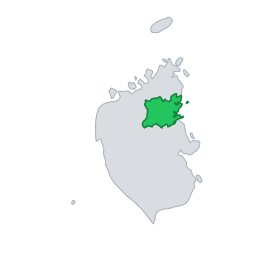 North Jeolla on a map of South Korea (orthographic projection), rotated 167°
{"feature_id": "KOR-2499", "entity_name": "North Jeolla", "entity_type": "Province", "adm_level": 1, "iso_a3": "KOR", "parent_name": "South Korea", "parent_adm1": "", "projection": "orthographic", "projection_center": [126.968, 35.705], "detail": "fine", "context": "in_parent", "style": "filled", "palette": "green", "viewbox_px": 256, "rotation_deg": 167, "n_neighbors": 0, "source": "natural_earth", "source_scale": "10m", "svg_char_len": 5760}
<svg xmlns="http://www.w3.org/2000/svg" viewBox="0 0 256 256"><g transform="rotate(167 128 128)"><path d="M75.4,59.9L76.3,59.2L76.3,58.2L76.3,55.0L78.9,52.7L82.5,48.1L84.2,45.6L86.2,43.2L88.5,41.6L90.8,40.9L94.4,40.5L101.2,40.8L102.5,40.5L107.3,40.3L108.4,40.7L111.9,40.9L115.7,40.6L117.6,39.9L119.4,38.7L120.9,36.5L122.5,32.6L124.1,29.5L125.1,29.0L132.4,45.2L139.3,55.6L145.2,63.1L153.8,77.6L156.4,85.4L156.7,90.3L158.3,97.0L157.2,100.8L157.7,106.9L157.3,110.0L156.3,112.3L156.4,116.7L156.8,119.1L156.9,122.2L157.6,123.4L158.5,123.8L160.0,122.6L161.9,122.1L161.6,125.9L159.6,135.4L157.8,142.4L155.3,148.5L152.0,154.1L148.0,156.3L145.1,157.2L139.6,157.5L135.0,156.7L131.1,157.4L129.5,158.6L128.4,160.6L129.3,163.6L129.2,165.9L127.5,165.7L124.2,164.5L120.5,164.3L118.7,163.7L117.0,160.5L115.2,160.6L112.1,162.6L107.4,163.1L105.7,164.1L105.1,165.4L105.8,167.1L108.2,169.3L107.4,171.6L105.0,172.7L102.9,170.0L101.7,167.3L100.3,167.1L98.1,167.9L97.7,170.8L98.7,172.8L100.4,175.1L98.0,177.8L97.4,179.7L95.7,181.1L91.2,178.0L91.8,175.9L93.8,173.8L94.0,171.7L93.4,170.4L86.9,175.8L82.9,182.0L80.7,181.5L79.9,179.9L78.6,179.3L74.3,183.2L73.4,186.4L71.9,186.5L71.2,185.2L71.1,182.3L70.4,179.9L65.9,176.4L63.9,173.3L65.0,171.6L68.7,172.6L71.7,172.5L71.1,171.0L70.2,170.3L72.1,169.5L73.8,167.9L72.4,167.4L70.3,168.4L68.6,167.9L68.0,163.9L65.9,159.8L64.8,155.8L66.9,153.5L68.0,150.0L69.9,144.8L70.9,143.1L73.6,141.9L74.5,140.6L73.1,139.9L70.7,139.3L70.8,137.8L72.4,137.0L74.2,135.4L77.6,133.4L78.7,129.6L77.7,128.7L75.5,127.8L76.0,125.9L76.9,124.4L76.6,123.6L74.1,121.1L72.4,118.9L72.9,116.3L72.6,112.5L72.8,109.3L72.7,107.5L71.5,103.6L71.0,99.6L69.4,100.2L68.1,101.2L63.4,99.7L62.0,99.6L61.4,96.7L63.1,93.1L67.0,89.9L69.3,89.6L71.0,88.2L73.6,87.7L76.8,89.9L79.7,90.4L81.2,94.1L82.2,94.9L82.4,93.5L84.7,91.9L85.3,90.7L84.8,90.0L82.1,89.4L79.8,84.7L79.4,82.7L78.6,81.4L79.9,77.7L77.1,73.5L75.8,72.1L76.0,68.3L74.6,65.9L73.8,64.6L73.3,62.3L73.7,61.3L75.0,60.9L75.4,59.9ZM65.4,226.2L64.1,227.0L62.8,226.5L62.4,226.2L60.9,224.1L60.5,223.0L61.6,220.9L65.8,217.6L76.7,214.4L78.7,214.3L83.0,215.7L83.9,218.3L83.1,220.5L82.1,222.0L77.1,224.5L73.2,225.7L65.4,226.2ZM138.2,168.4L135.4,170.7L131.5,167.7L130.6,166.0L133.4,163.6L135.8,160.7L137.4,160.5L138.2,168.4ZM117.9,168.4L117.6,172.0L115.5,172.2L114.2,169.9L112.9,171.0L112.2,171.0L111.1,168.2L110.9,165.9L113.4,164.2L114.9,165.2L117.1,165.7L117.9,168.4ZM62.9,184.4L61.0,184.9L59.9,183.7L59.1,183.3L59.6,181.7L62.7,178.5L63.4,177.3L66.2,178.0L67.3,179.8L66.0,182.4L62.9,184.4ZM72.1,61.6L71.9,66.4L70.3,66.2L69.3,65.7L68.8,64.7L67.7,60.2L69.0,58.4L71.3,59.9L72.1,61.6ZM61.1,171.2L60.7,172.1L59.4,171.8L58.1,169.3L57.6,167.3L56.2,166.2L58.4,164.5L61.1,167.6L61.1,171.2ZM68.9,106.9L68.4,109.3L66.5,107.7L66.0,102.6L68.0,104.1L68.9,106.9ZM199.3,68.7L198.0,69.9L196.4,68.8L196.2,67.7L197.0,66.7L198.8,66.0L199.8,66.8L199.3,68.7ZM78.5,185.4L79.0,187.2L76.6,186.8L75.3,185.2L75.5,183.7L76.9,183.5L78.5,185.4ZM110.0,175.4L109.7,176.6L108.1,174.9L109.6,173.0L110.0,175.4Z" fill="#d9dde1" stroke="#a8b0b8" stroke-width="1"/><path d="M69.2,147.9L68.8,147.4L68.7,147.1L68.9,146.2L69.4,145.1L70.2,143.2L70.9,142.3L71.9,141.9L73.0,141.7L73.9,141.7L74.3,141.3L74.8,140.7L75.4,140.6L75.9,141.2L76.4,141.8L76.8,142.0L76.4,140.6L76.2,140.0L75.7,139.7L71.5,140.4L70.0,139.5L70.1,138.5L70.2,138.1L70.9,137.8L71.5,137.2L72.0,136.5L72.9,136.0L74.0,135.4L74.9,134.2L75.0,133.2L75.4,132.9L75.8,132.7L76.0,132.5L77.0,132.4L78.1,132.5L78.7,133.1L79.2,133.2L79.5,133.7L79.6,133.4L79.7,133.0L79.8,132.6L79.4,132.3L79.1,132.1L78.5,131.8L77.9,131.3L77.4,131.0L77.1,130.8L77.2,130.5L77.4,130.2L77.7,130.0L77.9,129.9L79.6,130.0L80.0,130.0L80.2,129.8L80.4,129.5L80.5,129.2L81.0,129.0L81.2,128.9L81.0,128.6L80.7,128.3L80.3,128.2L80.2,128.3L78.1,129.1L77.3,129.2L75.9,129.1L74.5,129.0L74.5,128.3L74.4,127.5L74.1,127.2L73.2,126.9L71.9,127.1L71.8,126.0L74.5,125.7L76.0,125.6L77.4,125.5L77.9,125.2L78.4,125.3L79.0,125.0L80.1,124.2L81.5,123.7L82.1,123.2L82.1,122.7L80.4,123.2L81.7,121.6L83.2,121.5L84.8,121.1L87.9,120.1L89.0,120.4L88.7,122.0L89.3,122.9L90.2,122.8L91.0,122.5L92.6,122.1L93.1,122.0L93.5,121.8L94.1,121.7L94.5,121.0L95.0,120.5L95.9,121.4L97.3,123.8L98.3,124.2L98.6,124.3L98.8,124.7L98.6,125.1L98.7,125.4L100.4,125.6L101.1,125.5L102.0,125.4L102.8,125.2L103.5,124.5L104.2,123.8L104.5,124.1L104.8,124.4L105.0,124.3L105.2,124.1L105.7,124.4L106.2,124.9L107.5,125.3L107.8,125.7L108.2,125.8L109.2,125.2L110.3,124.7L110.7,125.1L111.1,125.3L111.5,125.0L111.9,124.6L113.1,126.6L113.0,129.0L111.9,130.1L111.6,130.9L110.2,131.7L109.4,131.9L109.0,131.9L108.8,132.1L108.2,133.3L107.6,134.0L106.9,134.6L106.6,135.5L106.5,136.7L106.1,137.5L105.7,138.3L105.3,139.4L105.1,140.6L104.7,141.4L104.7,142.4L105.4,142.7L105.5,143.1L105.6,143.5L105.9,144.4L105.9,145.3L106.2,146.0L106.6,146.3L106.5,147.3L105.2,148.8L105.0,149.8L105.0,150.7L104.4,151.3L102.7,150.0L100.8,149.3L99.7,149.9L98.8,150.8L97.9,151.0L96.9,151.0L95.8,151.1L94.7,151.1L94.2,150.8L93.8,150.5L93.2,150.6L92.6,150.6L91.7,150.7L90.9,151.3L89.7,151.1L89.0,150.3L89.1,149.1L88.5,148.4L88.3,147.8L88.5,146.7L87.9,145.8L87.1,145.8L86.8,146.2L86.6,146.5L86.4,147.0L86.3,147.5L85.4,147.5L84.0,145.6L83.1,144.9L82.6,144.7L82.0,144.6L81.5,145.2L80.5,145.1L79.8,145.8L79.8,146.3L79.8,146.8L79.5,147.2L79.1,147.5L79.2,147.8L79.2,148.2L79.0,148.7L78.6,149.1L78.1,149.3L77.6,149.5L77.1,149.7L76.7,150.0L75.7,150.2L74.8,150.5L73.9,150.7L73.2,150.5L73.2,149.5L73.4,148.5L73.6,147.2L72.7,146.9L69.8,147.7L69.2,147.9L69.2,147.9ZM63.9,140.6L63.8,140.4L63.7,140.2L63.8,140.0L64.1,139.8L64.0,139.7L63.9,139.6L64.0,139.6L64.2,139.3L64.4,139.3L64.5,139.2L64.9,139.1L65.2,138.9L65.3,138.8L65.5,139.1L65.4,139.4L64.8,139.9L64.4,140.3L64.2,140.4L64.1,140.5L63.9,140.6Z" fill="#22c55e" stroke="#15803d" stroke-width="1.5"/></g></svg>